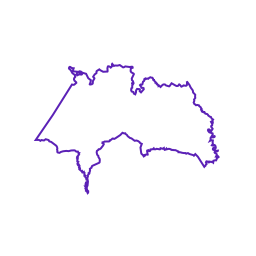 outline of Tan Phu, Đồng Nai, Vietnam, rotated 316°
{"feature_id": "81297802B74333052983118", "entity_name": "Tan Phu", "entity_type": "district", "adm_level": 2, "iso_a3": "VNM", "parent_name": "Vietnam", "parent_adm1": "Đồng Nai", "projection": "orthographic", "projection_center": [107.376, 11.379], "detail": "fine", "context": "isolated", "style": "outline", "palette": "violet", "viewbox_px": 256, "rotation_deg": 316, "n_neighbors": 0, "source": "geoboundaries", "source_scale": "gbopen_adm2", "svg_char_len": 5895}
<svg xmlns="http://www.w3.org/2000/svg" viewBox="0 0 256 256"><g transform="rotate(316 128 128)"><path d="M53.3,72.5L55.6,74.6L56.1,76.4L57.3,76.5L58.9,78.6L61.0,78.9L62.5,81.5L62.1,82.9L63.1,84.7L64.1,91.0L63.7,92.5L62.8,93.8L62.0,94.2L61.6,95.1L60.7,95.9L60.4,96.5L60.5,96.9L61.5,98.3L63.1,98.6L65.2,99.7L67.7,101.6L69.2,103.4L71.5,104.7L73.8,106.7L74.2,107.3L74.4,109.1L75.6,110.2L75.1,111.4L75.5,112.1L74.6,112.3L74.5,112.9L73.9,112.9L73.5,113.3L71.8,113.3L71.7,114.0L70.9,113.9L70.6,115.0L69.9,114.9L69.7,115.8L68.5,116.5L68.7,117.8L68.1,117.8L66.8,118.6L67.1,119.3L66.3,119.8L66.2,120.3L66.4,120.7L67.1,120.5L66.8,121.7L65.3,122.3L65.2,122.7L65.6,123.3L65.3,123.9L65.0,124.0L64.5,123.6L64.3,123.8L64.6,126.9L64.4,127.8L65.0,127.6L64.8,128.3L65.1,128.9L65.7,129.0L65.3,129.6L65.5,130.1L64.6,130.8L64.4,131.5L64.0,131.6L64.1,132.5L63.6,132.5L63.8,133.0L63.1,133.9L63.1,135.2L62.4,136.0L62.9,136.4L61.7,138.3L60.8,138.4L60.0,138.0L59.6,138.2L58.5,138.9L58.3,140.2L57.9,140.3L57.7,139.7L57.4,140.0L57.5,140.7L57.2,141.4L56.6,140.6L56.4,141.5L55.3,141.9L54.9,143.5L54.1,143.9L54.3,145.7L53.8,146.8L54.4,146.8L55.5,145.8L55.5,144.2L56.8,142.1L58.9,141.3L62.0,138.7L63.9,135.8L65.5,135.0L65.9,134.1L68.4,133.9L68.4,133.1L69.5,133.2L70.6,132.6L70.9,132.2L71.3,132.1L72.2,130.9L74.3,131.2L74.9,130.7L75.9,130.4L83.2,133.0L83.8,132.9L85.3,131.6L86.1,130.6L86.5,128.5L87.3,127.4L87.2,126.4L87.5,125.4L88.5,123.8L89.7,122.9L91.2,123.1L92.1,122.9L92.8,123.6L94.3,123.8L97.9,123.3L99.4,122.8L99.6,122.0L99.1,121.1L99.7,120.6L100.6,121.2L101.8,121.5L104.9,124.4L105.7,124.7L106.4,124.2L107.8,124.8L109.4,124.8L109.9,125.1L110.4,126.2L111.5,126.6L117.5,127.7L120.7,127.6L121.4,129.1L122.2,129.8L122.0,130.0L122.4,132.1L122.1,133.7L122.5,136.5L123.3,137.9L123.9,141.8L125.4,142.9L126.1,144.2L126.5,146.1L126.3,147.4L126.9,149.0L123.4,150.7L120.1,155.2L119.8,155.8L119.9,157.9L119.6,159.4L120.9,159.6L121.2,158.9L122.8,159.8L123.3,160.6L123.7,160.8L125.8,157.7L126.3,157.6L126.4,157.9L127.3,158.2L127.0,158.7L127.1,159.3L127.7,159.8L128.5,159.7L129.4,159.1L131.1,160.5L132.4,160.5L132.1,161.5L133.1,162.5L134.1,162.8L136.1,165.5L136.9,165.6L137.4,165.2L138.5,167.0L139.9,167.3L139.3,168.1L139.2,169.2L139.7,169.5L141.3,169.5L141.0,170.2L143.0,171.4L144.0,173.0L143.9,173.5L144.4,174.5L145.1,174.9L145.5,175.7L146.6,176.7L147.3,178.2L147.5,179.2L148.0,179.9L148.0,180.3L147.6,180.6L149.1,182.2L149.2,182.7L150.8,184.9L152.0,186.0L152.0,186.9L153.4,187.5L153.9,188.1L154.0,189.2L156.2,193.0L156.2,193.7L158.3,193.5L158.3,197.2L155.9,208.9L156.7,208.8L157.3,209.0L158.3,208.5L159.5,208.5L160.2,206.8L161.3,206.5L162.1,207.6L162.0,208.3L162.7,208.4L162.6,209.0L163.6,209.1L164.2,210.3L164.7,210.4L165.0,210.8L165.2,212.1L166.7,210.9L168.2,211.7L168.9,212.5L170.6,211.8L171.2,210.9L172.4,211.8L173.0,211.8L173.1,210.6L171.7,209.6L173.0,209.2L173.5,208.7L173.7,207.9L173.2,206.4L173.3,205.7L173.9,205.4L174.6,205.4L175.8,206.7L176.6,206.9L176.9,206.7L175.6,205.7L175.2,204.4L174.2,203.0L174.2,202.4L174.8,201.8L176.0,201.6L176.5,202.0L176.5,203.3L176.9,203.4L177.6,203.0L178.4,201.7L178.5,200.4L176.5,199.2L176.3,198.7L178.1,198.3L179.0,197.0L180.4,195.9L179.4,194.6L178.1,194.2L179.3,193.8L180.5,192.5L181.3,192.3L183.0,194.1L184.0,194.5L184.6,194.2L184.6,193.9L182.5,192.4L182.7,192.0L184.6,191.4L185.1,190.6L183.5,187.6L183.6,186.0L184.0,185.1L184.6,184.8L185.3,185.2L185.8,188.0L188.3,187.4L188.7,184.9L189.2,184.4L190.4,184.5L190.9,184.2L191.4,183.4L192.0,181.2L192.4,181.3L193.0,182.7L194.0,181.3L195.1,181.0L194.7,179.5L195.3,177.6L194.8,176.9L194.4,174.8L194.7,173.9L194.6,172.9L193.6,171.4L193.8,170.4L193.5,169.7L193.9,169.4L192.9,168.4L192.6,167.5L193.1,166.5L193.4,167.0L193.6,166.9L193.3,165.6L194.3,165.2L194.3,164.5L194.7,163.6L194.4,161.8L194.8,161.2L194.1,159.8L192.7,158.8L192.8,158.0L192.4,157.0L192.9,155.3L194.6,154.5L195.3,153.4L197.3,153.1L197.8,152.3L199.5,150.7L199.5,147.7L200.7,146.0L201.2,142.4L202.1,139.7L202.7,135.3L202.0,136.4L200.0,138.1L199.0,137.9L197.5,135.9L196.6,135.9L195.1,135.3L195.3,132.9L195.1,132.2L193.2,132.4L192.3,131.8L191.8,130.8L190.4,126.1L187.2,126.7L186.5,126.6L184.9,123.8L184.8,122.3L184.1,121.6L183.6,121.2L182.3,121.0L179.9,121.1L179.9,119.9L179.2,119.3L179.7,119.1L179.8,118.4L179.2,117.5L179.6,116.7L179.2,116.2L179.5,115.2L179.1,114.5L179.3,114.3L179.7,114.5L179.7,112.0L180.1,111.5L179.6,110.9L180.4,109.6L180.3,108.5L179.7,108.0L179.4,107.1L178.4,106.7L176.6,106.6L176.1,105.6L174.9,105.2L174.9,104.4L173.6,104.2L172.8,105.1L172.2,105.3L171.0,105.1L168.6,106.6L167.8,106.3L167.3,105.5L166.4,105.5L165.7,108.6L166.6,109.4L166.9,110.2L166.2,111.1L162.1,111.4L162.0,109.6L163.3,108.5L163.3,108.1L161.7,106.2L159.9,106.6L158.5,107.9L156.6,108.8L156.1,107.3L156.9,105.9L156.0,104.3L156.6,102.8L157.4,102.4L157.9,101.8L159.0,102.0L160.5,100.4L162.0,100.0L161.7,98.9L162.1,98.6L163.3,99.3L164.1,97.7L164.1,96.3L165.1,95.0L169.7,93.3L169.8,92.6L169.1,90.4L169.2,89.3L169.6,88.7L171.3,87.2L172.2,87.3L173.1,87.9L173.6,87.5L173.5,86.7L171.5,85.2L168.8,81.8L167.4,81.5L166.6,81.0L165.8,77.0L163.9,75.9L161.9,73.9L161.0,73.6L161.2,70.9L160.7,71.0L159.5,72.5L157.8,72.6L157.5,72.5L157.6,71.5L157.2,70.6L156.6,69.8L156.2,69.8L154.7,70.7L152.9,72.9L152.4,73.1L149.2,70.3L148.2,67.2L148.1,65.9L145.1,65.3L144.7,65.4L143.4,66.6L141.3,66.3L138.6,66.9L138.4,67.4L138.5,68.6L138.2,69.1L135.5,69.8L133.5,71.5L132.4,71.4L130.9,70.4L130.9,69.9L132.7,69.1L134.5,67.8L134.0,64.6L135.5,59.9L133.6,56.6L133.3,54.7L132.6,53.6L131.4,53.2L131.2,53.7L131.3,54.4L133.1,56.5L132.9,57.1L132.2,57.4L131.7,57.3L130.1,55.5L128.0,54.8L128.2,53.7L130.1,52.8L130.6,52.3L128.3,49.6L128.3,48.8L128.6,48.2L130.4,47.3L129.2,45.8L128.9,44.0L128.6,43.6L127.9,43.5L127.1,43.9L126.8,44.5L127.0,46.5L126.1,50.0L126.6,52.7L125.5,54.6L123.8,54.8L122.9,55.5L122.4,56.7L122.5,59.1L122.2,59.6L119.5,59.5L118.7,59.0L117.9,57.8L83.0,66.4L53.3,72.5Z" fill="none" stroke="#5b21b6" stroke-width="2"/></g></svg>